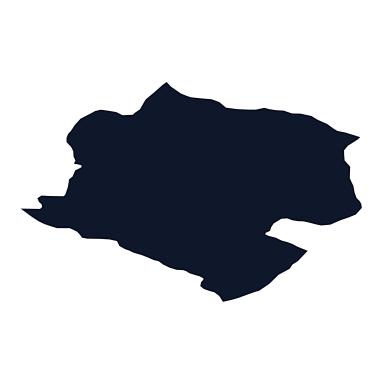 the district of Arvidsjaur, Norrbotten, Sweden
{"feature_id": "70781695B53013800846692", "entity_name": "Arvidsjaur", "entity_type": "district", "adm_level": 2, "iso_a3": "SWE", "parent_name": "Sweden", "parent_adm1": "Norrbotten", "projection": "robinson", "projection_center": [19.19, 65.668], "detail": "fine", "context": "isolated", "style": "filled", "palette": "ink", "viewbox_px": 384, "rotation_deg": 0, "n_neighbors": 0, "source": "geoboundaries", "source_scale": "gbopen_adm2", "svg_char_len": 2022}
<svg xmlns="http://www.w3.org/2000/svg" viewBox="0 0 384 384"><path d="M23.0,209.4L25.6,211.3L33.1,216.8L39.4,220.8L43.3,222.7L44.8,223.4L53.0,226.1L57.2,227.4L62.6,227.4L69.7,227.4L72.6,228.6L77.6,231.1L80.4,234.1L82.5,237.0L87.2,237.9L100.7,238.1L109.7,238.7L117.5,240.4L120.0,245.4L125.3,248.4L129.6,249.9L133.9,252.0L141.8,254.3L147.8,256.6L153.9,259.3L158.9,260.5L163.9,264.1L170.0,267.0L176.8,269.1L182.9,269.3L186.4,270.4L189.7,272.5L194.7,274.1L200.0,275.6L204.7,278.3L203.6,280.6L201.8,282.5L201.1,285.8L204.3,288.3L209.7,290.2L214.7,291.6L219.8,295.4L221.9,298.7L223.3,301.0L233.0,298.7L238.7,297.0L252.0,292.1L258.1,290.2L258.8,290.0L268.5,283.5L273.5,278.7L278.0,274.2L289.1,268.2L291.9,264.0L297.5,260.4L306.4,251.1L300.7,248.8L296.6,247.1L292.2,244.7L287.3,242.9L281.2,241.2L275.5,238.4L268.6,236.7L264.5,234.9L264.9,232.3L269.3,230.4L270.5,226.9L273.0,223.0L281.1,218.0L287.6,217.6L292.4,219.5L298.1,220.4L303.8,220.6L309.5,221.9L317.2,223.9L321.3,224.7L330.2,223.9L334.7,221.9L340.8,219.3L348.5,216.7L355.3,213.9L361.0,207.7L360.6,204.4L360.5,204.0L358.9,201.4L356.0,198.6L353.9,193.0L352.7,186.3L349.0,178.4L349.4,167.0L347.3,164.6L343.9,160.8L343.4,155.2L343.3,150.1L347.4,145.2L357.5,138.7L358.8,137.5L344.9,133.2L337.2,131.7L333.3,129.4L327.0,124.8L317.4,120.5L311.1,116.7L300.4,114.4L291.8,114.2L283.6,111.4L275.4,110.9L269.1,109.9L264.3,108.6L256.1,110.4L248.9,110.4L237.3,109.9L225.7,108.4L219.0,102.8L211.3,100.0L199.7,99.0L190.6,98.0L186.7,96.7L180.5,94.2L170.4,87.2L166.5,83.0L163.1,85.5L154.7,92.9L146.2,100.0L140.4,110.0L135.3,113.4L133.2,115.5L122.4,116.0L116.0,112.8L107.5,111.4L100.7,110.5L95.3,111.8L91.2,114.1L81.0,119.3L75.2,125.7L71.8,131.0L68.7,134.4L67.3,138.0L67.3,141.8L71.7,146.4L74.0,150.9L74.3,156.3L76.3,160.8L75.0,163.1L78.7,163.8L82.1,164.7L82.4,167.6L77.6,170.1L75.9,170.8L73.2,177.0L69.8,179.7L68.7,186.9L65.9,195.2L63.9,197.0L49.9,196.8L41.7,196.3L38.3,198.5L39.6,201.5L42.3,203.9L43.0,207.3L40.3,209.7L23.0,209.4Z" fill="#0f172a" stroke="#020617" stroke-width="1.5"/></svg>